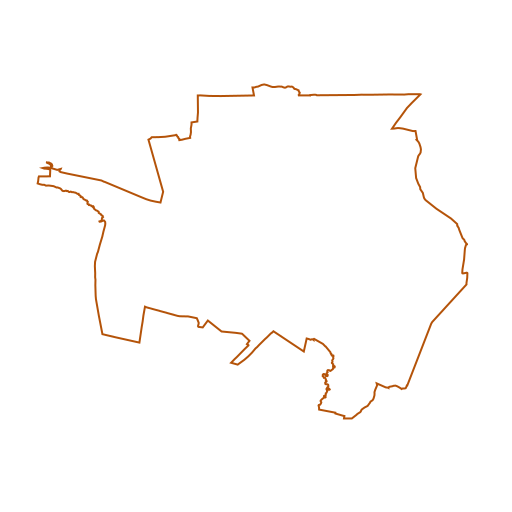 the district of Varvoru De Jos, Dolj, Romania, rotated 355°
{"feature_id": "2599482B75592269034356", "entity_name": "Varvoru De Jos", "entity_type": "district", "adm_level": 2, "iso_a3": "ROU", "parent_name": "Romania", "parent_adm1": "Dolj", "projection": "equal_earth", "projection_center": [23.577, 44.231], "detail": "fine", "context": "isolated", "style": "outline", "palette": "amber", "viewbox_px": 512, "rotation_deg": 355, "n_neighbors": 0, "source": "geoboundaries", "source_scale": "gbopen_adm2", "svg_char_len": 5961}
<svg xmlns="http://www.w3.org/2000/svg" viewBox="0 0 512 512"><g transform="rotate(355 256 256)"><path d="M132.3,332.1L136.0,316.6L137.3,311.6L138.7,305.3L141.0,296.8L142.5,297.6L172.6,308.8L174.9,309.4L183.2,310.3L191.6,312.8L192.2,314.5L193.1,317.6L192.9,318.6L192.1,320.8L192.5,321.6L196.7,322.5L202.4,316.1L215.1,328.2L229.2,330.8L234.9,332.1L235.4,332.3L242.1,339.9L239.3,343.0L240.7,344.1L240.7,344.4L236.6,347.7L228.1,355.0L225.8,356.8L221.9,360.2L228.3,362.6L235.3,358.4L239.6,355.3L243.6,351.9L247.5,348.0L249.1,346.9L251.2,345.0L257.8,339.5L259.7,338.1L263.6,334.8L265.0,333.8L265.3,333.8L266.8,332.5L295.3,355.3L299.3,342.6L301.3,343.3L303.1,344.2L303.9,343.9L305.1,343.9L305.5,344.1L305.9,344.5L305.9,343.9L306.6,343.6L315.0,349.4L317.2,352.1L317.5,352.2L321.7,358.3L321.9,359.5L322.4,359.9L322.6,360.3L322.4,360.8L322.7,361.1L323.0,361.8L323.9,361.7L324.4,361.9L324.5,362.5L324.0,363.4L324.2,364.6L323.9,365.3L322.8,366.6L323.0,368.1L322.3,368.9L322.3,369.3L323.5,370.6L323.1,372.6L323.2,372.9L323.6,373.0L324.5,372.6L324.8,372.9L324.7,373.5L324.5,373.9L323.3,374.1L322.9,374.4L322.9,375.1L322.6,375.5L321.3,376.2L320.3,376.9L319.9,377.0L319.0,376.2L318.3,376.0L317.5,376.0L317.2,376.3L316.9,377.0L317.2,378.1L316.1,379.0L315.9,379.5L316.0,379.8L317.1,380.8L317.0,381.2L316.7,381.8L316.3,381.9L315.4,381.7L315.0,381.2L314.1,379.8L313.8,379.6L312.9,379.5L312.2,380.1L312.0,381.5L312.5,381.8L313.0,383.2L313.8,383.1L314.2,383.4L314.7,384.8L314.9,385.0L314.7,386.3L315.4,386.7L315.4,387.1L315.2,387.3L313.9,388.2L313.9,389.4L314.4,389.8L316.1,390.1L316.5,390.4L316.7,390.7L316.7,392.1L316.6,392.4L315.8,392.9L314.9,394.2L317.1,394.4L317.6,394.9L317.8,395.4L317.5,395.6L316.6,395.6L315.8,395.2L315.0,395.6L314.9,396.0L315.1,397.0L314.2,398.5L313.5,398.9L313.4,400.6L313.2,400.8L311.6,401.3L311.5,401.6L311.8,401.9L313.0,402.3L313.0,402.8L312.6,403.0L311.4,403.0L311.0,403.2L309.1,404.5L307.8,405.7L307.7,406.2L308.3,407.4L307.8,408.6L306.9,409.7L305.6,409.9L305.3,410.3L305.6,412.2L305.5,414.5L321.4,419.0L321.3,419.8L321.5,419.9L328.5,422.6L330.1,423.1L329.5,425.5L337.3,426.2L342.1,423.1L343.2,422.2L346.3,420.6L346.9,419.9L347.5,418.7L348.2,418.0L350.9,416.4L354.1,415.1L356.9,411.9L357.3,411.1L359.6,409.8L360.6,408.4L361.8,405.3L362.1,403.6L362.1,402.5L362.3,401.6L363.2,399.5L365.7,394.8L365.2,394.1L365.1,393.4L373.8,398.2L376.1,398.7L376.4,398.9L376.4,398.5L376.5,398.4L377.7,397.9L380.8,397.6L381.5,397.3L383.7,397.3L385.5,398.2L387.7,399.7L389.5,401.2L390.0,400.8L392.8,400.9L393.6,400.7L394.4,399.4L395.0,398.1L395.4,398.2L424.7,338.6L425.8,337.1L463.2,302.7L463.3,301.3L464.5,296.2L465.0,292.3L465.1,291.5L465.0,291.3L464.5,291.0L461.0,291.4L460.2,291.3L460.0,291.0L460.0,290.7L460.5,287.4L463.0,277.6L464.5,268.4L464.9,266.4L466.1,263.4L466.4,263.1L467.2,262.8L467.2,262.5L466.5,261.7L465.2,259.5L465.0,258.4L464.4,257.4L463.5,256.5L463.2,255.8L460.8,247.8L460.3,245.5L459.6,244.3L459.5,243.7L459.1,243.4L459.2,241.7L453.6,235.7L439.8,224.6L429.8,215.1L428.7,213.4L428.3,211.9L427.7,207.7L425.5,203.8L425.5,201.6L424.0,198.2L422.3,192.3L422.3,182.4L426.3,170.7L427.3,169.4L428.2,168.5L429.0,167.2L429.6,164.2L429.4,161.9L428.5,158.1L427.6,156.2L426.0,154.2L426.6,153.9L425.8,145.4L423.1,145.2L413.5,141.9L409.5,141.0L408.1,140.9L404.5,141.1L402.6,141.0L407.2,135.4L411.7,130.5L419.3,121.7L424.3,117.3L433.9,109.3L433.4,109.1L428.6,108.7L421.8,108.1L417.7,108.1L402.8,106.7L384.9,105.4L375.1,104.5L368.5,104.2L331.0,101.2L330.4,101.1L330.1,100.8L329.6,100.6L327.9,100.4L323.9,100.4L323.8,100.8L323.3,100.7L317.6,100.2L311.9,99.7L312.6,99.4L312.9,99.0L313.5,97.9L313.8,97.0L313.0,95.9L312.9,94.7L310.2,93.2L308.9,92.9L308.5,92.5L308.2,91.7L307.0,90.6L306.0,90.3L305.0,90.4L303.4,89.9L302.7,89.9L302.1,89.9L300.2,90.8L299.2,90.8L298.1,90.4L296.4,89.5L292.9,89.1L289.5,89.3L287.2,89.1L285.6,88.5L281.8,86.7L279.1,85.8L276.5,86.1L272.8,87.4L271.0,87.5L269.1,88.0L267.2,87.8L268.0,95.9L235.0,93.6L223.6,92.5L214.9,91.2L212.0,91.0L210.7,108.0L209.8,113.2L209.3,116.9L203.4,117.3L203.2,119.6L202.2,123.2L202.0,127.0L201.4,129.5L200.7,131.2L200.7,132.6L195.9,133.1L192.4,133.7L189.7,133.9L189.6,133.4L189.8,132.6L188.9,131.7L188.8,130.7L188.0,130.1L187.7,129.1L187.4,128.6L187.0,128.3L186.4,128.6L176.0,129.3L169.5,129.1L162.4,128.6L161.2,129.8L159.0,130.7L169.1,183.9L165.5,194.4L161.0,193.2L155.8,191.6L151.5,189.8L145.3,186.6L111.6,168.9L111.1,168.8L108.6,167.3L75.0,157.4L68.8,155.4L67.6,154.6L67.5,154.3L68.0,153.1L69.0,152.4L69.1,152.2L65.5,152.9L60.5,150.9L59.5,150.7L59.8,149.8L60.9,148.6L60.4,148.1L60.7,147.4L60.7,147.0L59.7,145.9L58.9,145.5L57.9,144.8L56.4,144.7L55.9,144.5L55.8,144.8L56.0,145.0L58.0,146.0L59.4,147.3L59.7,148.2L59.6,148.6L58.6,150.4L58.1,150.5L56.7,149.7L53.1,149.6L51.2,149.8L52.7,150.5L54.3,150.7L57.0,151.3L58.3,152.0L58.5,152.6L57.7,158.7L46.7,157.8L46.2,158.9L45.5,162.4L44.8,164.7L47.1,165.7L49.2,166.4L51.2,166.6L52.9,167.6L55.7,167.7L60.5,168.8L63.3,170.4L64.3,170.4L66.8,171.6L67.5,172.2L68.7,174.0L69.5,174.5L71.0,174.6L72.4,174.3L73.0,174.8L74.2,174.8L74.7,175.5L75.5,176.0L76.0,176.0L77.1,175.7L78.2,176.4L79.3,176.4L80.6,176.9L81.8,177.2L83.7,178.6L84.7,178.6L84.9,179.7L86.0,180.4L86.6,181.1L86.4,181.8L86.6,182.0L87.0,182.2L88.1,182.3L88.4,182.6L89.2,184.4L90.0,184.7L91.7,186.0L92.2,185.9L92.5,186.1L92.7,186.8L93.2,187.4L92.6,188.6L92.8,189.6L94.1,190.1L94.1,190.7L94.8,190.8L96.3,191.4L96.5,192.0L98.2,192.2L98.3,192.4L97.6,192.6L97.6,192.8L98.2,193.6L98.7,193.7L98.8,194.8L100.5,196.5L101.6,197.0L103.1,198.2L103.1,199.4L105.0,200.8L105.3,201.1L105.4,201.7L106.7,202.6L106.8,203.6L107.0,203.9L106.6,204.3L106.2,204.3L105.9,204.8L105.3,207.2L104.8,207.5L103.1,207.9L103.2,208.2L104.5,208.2L107.2,207.3L107.7,207.4L108.7,208.9L108.7,210.7L108.3,212.5L106.2,218.2L104.6,223.2L101.5,230.9L98.9,238.1L97.9,240.0L95.2,247.7L94.6,252.0L94.3,259.2L93.9,263.1L94.0,265.7L93.4,271.1L92.8,281.8L92.8,285.0L94.2,301.4L96.2,320.5L109.2,324.8L132.3,332.1Z" fill="none" stroke="#b45309" stroke-width="2"/></g></svg>